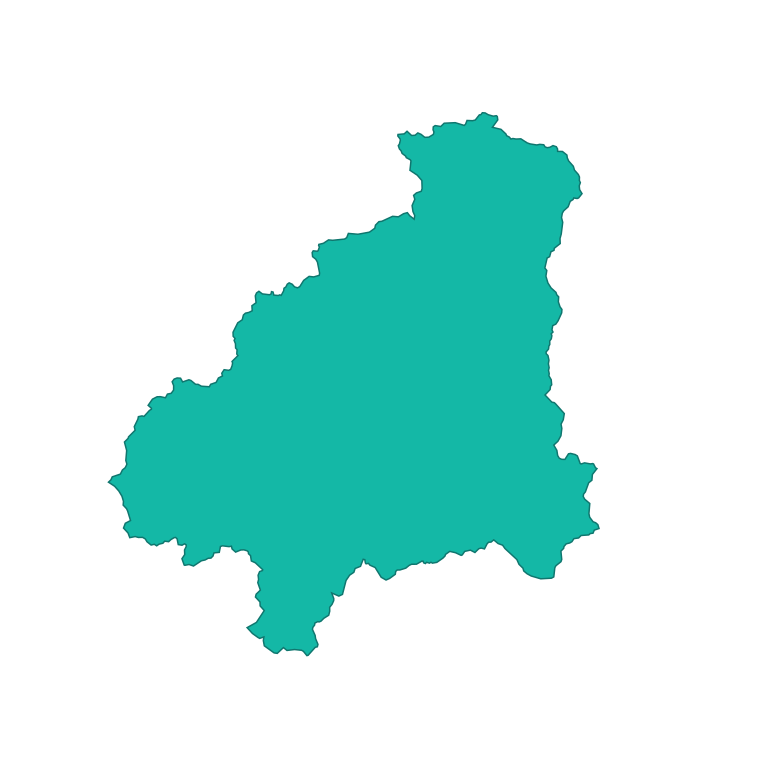 Grau, Apurímac, Peru, rotated 14°
{"feature_id": "86281439B32616400473033", "entity_name": "Grau", "entity_type": "district", "adm_level": 2, "iso_a3": "PER", "parent_name": "Peru", "parent_adm1": "Apurímac", "projection": "mercator", "projection_center": [-72.599, -14.046], "detail": "fine", "context": "isolated", "style": "filled", "palette": "teal", "viewbox_px": 768, "rotation_deg": 14, "n_neighbors": 0, "source": "geoboundaries", "source_scale": "gbopen_adm2", "svg_char_len": 6162}
<svg xmlns="http://www.w3.org/2000/svg" viewBox="0 0 768 768"><g transform="rotate(14 384 384)"><path d="M148.9,497.1L148.9,498.6L146.2,503.1L150.4,510.8L152.0,520.7L153.9,523.9L153.7,525.4L153.1,527.9L151.0,530.7L150.0,535.2L142.8,539.8L142.2,543.1L140.4,545.9L147.4,548.4L152.6,552.0L156.9,556.3L159.6,560.9L160.2,564.6L164.4,567.3L166.0,569.3L171.1,577.8L166.7,581.7L166.1,586.8L171.7,590.5L174.5,594.6L179.5,592.2L182.8,592.3L186.9,591.2L189.9,592.1L192.2,594.4L197.0,596.6L199.9,595.1L202.6,596.0L204.5,593.8L208.0,592.0L209.2,589.6L213.2,589.1L214.8,586.6L217.5,583.9L218.9,583.3L220.7,584.3L223.2,589.6L227.0,589.3L229.2,587.3L231.0,588.0L231.4,589.6L230.6,593.3L231.9,597.7L230.2,602.4L233.9,608.0L234.6,608.1L238.5,606.3L243.2,606.7L249.6,599.7L253.0,598.0L255.6,595.6L258.2,594.8L259.7,592.3L259.9,589.0L264.9,587.2L264.6,581.2L266.4,580.1L273.0,579.3L275.2,578.3L276.5,580.8L280.7,583.0L285.2,579.7L288.2,578.8L291.8,579.0L292.9,579.7L293.6,581.5L296.0,582.8L298.1,587.8L302.4,588.6L311.2,593.5L311.2,594.4L308.7,596.1L308.1,600.0L309.6,604.0L309.6,607.3L313.9,613.9L310.8,618.9L310.8,621.8L316.4,625.5L317.5,629.3L322.6,632.8L317.9,646.2L310.1,653.5L316.7,657.9L323.0,660.4L324.9,660.9L328.6,658.5L329.0,662.2L331.2,667.0L342.4,671.5L345.6,671.2L350.2,664.1L354.3,666.0L361.4,663.3L368.5,662.3L370.5,662.9L374.9,666.2L376.0,665.6L381.0,656.1L382.9,655.1L382.9,652.6L379.2,647.6L378.0,644.6L374.0,639.5L373.8,637.5L375.0,634.6L374.7,632.8L377.3,630.5L378.5,630.6L380.2,629.4L382.3,625.9L386.3,621.7L386.3,617.6L385.3,613.8L386.9,610.3L387.6,606.4L387.2,604.4L383.8,599.4L391.5,600.7L394.6,598.2L394.7,583.8L396.9,577.8L400.3,574.0L400.6,570.0L405.3,566.6L406.2,559.1L407.9,559.1L409.2,562.1L410.1,562.8L412.3,561.8L414.2,563.2L419.8,564.2L428.0,572.2L433.4,573.7L436.5,571.3L441.0,565.9L440.7,563.0L441.8,561.3L444.4,560.6L449.7,557.4L452.3,553.9L454.4,552.2L459.1,551.0L463.6,546.7L464.9,546.5L465.7,547.9L467.6,548.2L468.5,546.7L471.5,546.8L472.7,545.6L474.3,546.1L478.4,544.3L483.3,538.7L484.8,536.2L484.9,534.5L488.3,530.5L494.2,530.4L500.3,531.6L501.3,530.9L502.8,526.9L508.0,524.3L513.0,525.5L515.8,520.9L517.9,519.7L521.4,519.7L522.7,514.1L523.8,512.2L526.1,511.5L528.2,508.7L533.3,511.2L538.1,511.7L541.2,514.4L555.4,522.2L558.6,526.3L563.4,529.1L564.8,531.6L568.7,533.5L573.3,534.7L583.2,535.1L593.5,531.9L595.4,530.1L594.2,520.9L594.8,518.7L598.7,513.6L598.9,511.2L596.1,503.4L598.1,500.0L597.9,498.2L599.5,495.0L602.7,493.3L604.5,491.5L605.7,488.1L610.1,486.3L611.9,483.3L619.2,480.9L620.3,479.2L622.9,478.2L623.4,474.9L627.6,472.2L625.5,468.7L622.9,467.4L620.2,467.1L615.8,463.5L614.2,460.2L612.6,450.2L606.6,447.2L604.5,444.9L604.3,442.5L605.5,440.0L606.5,430.3L609.0,427.1L608.1,421.3L611.1,414.6L609.5,414.1L606.7,410.9L605.8,410.7L603.6,411.6L597.7,412.0L594.6,413.9L593.6,413.7L589.0,407.0L586.5,406.2L581.8,406.2L579.9,407.1L577.8,413.4L574.6,414.1L572.0,413.6L569.8,411.4L567.8,406.6L563.5,402.2L566.6,397.5L568.2,391.4L567.3,384.1L565.5,380.1L566.6,375.3L566.1,369.1L555.1,361.6L553.7,360.9L551.2,361.0L542.9,355.7L546.5,349.2L546.1,345.8L546.9,344.2L545.2,339.4L542.0,336.1L541.8,334.0L540.3,330.9L540.3,328.3L538.6,324.6L538.3,321.0L536.2,316.7L534.1,315.4L533.5,313.8L535.2,310.3L534.8,307.4L535.3,305.5L534.4,302.2L535.4,299.7L535.2,296.5L534.1,294.8L535.4,292.7L533.9,290.9L533.6,286.5L536.2,284.4L537.6,280.6L539.2,272.0L538.6,268.6L536.1,266.5L533.3,262.1L532.4,257.2L530.0,255.6L528.7,253.5L522.9,250.4L518.6,246.3L515.0,240.2L514.5,234.5L512.0,232.5L511.8,222.3L513.9,220.4L514.0,215.3L516.6,213.2L516.4,211.1L521.0,205.1L519.6,200.3L519.7,195.6L518.3,183.9L516.0,179.6L515.7,175.1L516.5,172.4L519.8,167.5L520.5,161.7L522.8,159.3L523.1,157.6L526.5,157.3L527.8,156.4L530.1,151.4L526.8,148.1L525.5,144.5L525.8,141.1L524.3,139.2L523.6,135.9L521.9,133.7L517.1,130.4L515.0,126.9L509.2,122.9L507.1,120.2L506.1,117.6L500.9,115.2L496.2,116.3L495.5,113.9L493.8,112.1L490.3,111.8L487.8,114.1L485.3,115.2L483.0,115.0L481.1,113.2L477.1,113.8L474.5,115.1L467.7,115.7L464.5,115.4L457.5,113.0L452.8,114.4L449.7,114.6L447.9,115.6L445.9,114.1L442.9,113.4L441.8,111.9L435.9,108.6L427.1,108.7L430.5,100.2L429.2,97.0L428.1,96.5L425.2,97.7L419.9,97.5L416.6,96.5L413.8,97.0L412.8,99.3L411.4,99.8L408.7,105.8L406.2,107.1L400.8,108.2L400.3,112.1L399.3,113.7L389.9,113.2L379.3,116.4L376.8,120.4L371.1,120.9L369.6,122.6L370.1,125.5L371.5,127.4L371.5,129.9L367.7,133.7L363.9,134.8L359.6,132.8L356.1,132.2L354.0,135.1L350.7,136.2L345.2,133.2L343.1,136.4L337.2,138.5L337.4,140.0L340.4,142.4L340.9,143.7L340.9,147.5L340.2,149.3L342.1,152.2L344.1,153.5L345.8,155.9L349.8,157.6L350.9,159.0L355.3,160.1L356.2,161.1L357.5,170.4L365.7,173.3L371.5,177.4L373.7,185.2L373.5,188.0L369.2,190.8L367.1,193.8L369.2,197.3L368.1,204.1L370.4,209.7L373.1,213.2L373.4,216.8L368.2,214.5L365.2,212.1L361.8,214.0L357.5,218.3L351.8,219.2L342.6,226.6L339.8,227.7L337.3,231.9L337.4,235.1L333.1,240.2L322.5,245.0L313.0,246.5L312.4,251.0L310.7,252.9L299.4,257.0L295.3,257.6L291.2,262.1L287.0,264.3L287.1,265.6L288.2,266.6L287.8,270.6L287.2,271.3L283.1,271.9L282.5,273.9L283.9,277.7L287.6,279.4L289.9,281.8L294.7,292.0L294.9,294.2L289.9,297.1L285.3,297.7L281.0,302.9L278.7,309.9L276.8,311.6L273.7,311.4L270.8,309.4L267.5,308.8L266.0,310.5L265.3,313.6L263.8,315.3L264.1,317.8L262.8,322.9L261.4,322.7L260.0,323.7L255.6,324.4L254.1,321.6L252.5,321.6L252.6,324.0L251.3,325.1L244.2,326.0L240.2,324.3L238.3,326.5L237.8,329.6L240.2,336.1L236.9,340.0L238.4,344.8L235.6,347.2L232.4,348.8L230.9,351.1L230.9,356.0L227.3,360.0L225.0,370.3L226.1,374.2L228.5,375.9L228.0,377.9L230.1,380.8L231.3,385.0L233.1,386.2L233.9,390.5L235.4,391.8L231.1,398.9L232.0,400.2L232.2,402.9L231.7,406.9L230.0,408.3L225.4,408.8L224.0,412.8L225.3,415.3L221.9,418.2L220.7,423.1L215.9,426.2L215.2,428.9L207.4,430.3L203.6,429.3L201.3,429.9L195.8,427.3L193.7,427.1L188.1,430.7L185.2,427.6L181.8,428.2L179.2,430.0L177.9,433.1L180.3,436.5L181.3,440.8L179.8,444.5L176.3,446.2L175.3,450.2L170.1,450.4L166.9,451.3L163.0,454.7L160.3,461.8L164.2,463.8L164.4,464.8L162.8,466.4L159.0,473.5L156.9,473.5L153.6,475.1L153.7,477.7L152.0,485.8L153.7,489.1L148.9,497.1Z" fill="#14b8a6" stroke="#0f766e" stroke-width="1.5"/></g></svg>